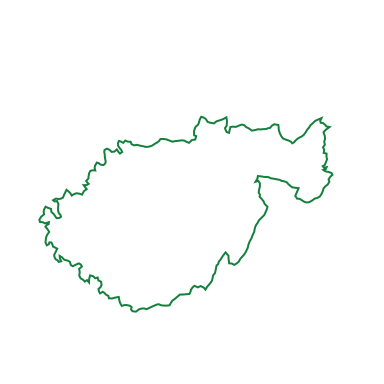 outline of Boa Vista do Cadeado, Rio Grande do Sul, Brazil, rotated 44°
{"feature_id": "56859067B11597481085294", "entity_name": "Boa Vista do Cadeado", "entity_type": "district", "adm_level": 2, "iso_a3": "BRA", "parent_name": "Brazil", "parent_adm1": "Rio Grande do Sul", "projection": "orthographic", "projection_center": [-53.842, -28.628], "detail": "fine", "context": "isolated", "style": "outline", "palette": "green", "viewbox_px": 384, "rotation_deg": 44, "n_neighbors": 0, "source": "geoboundaries", "source_scale": "gbopen_adm2", "svg_char_len": 4925}
<svg xmlns="http://www.w3.org/2000/svg" viewBox="0 0 384 384"><g transform="rotate(44 192 192)"><path d="M103.9,206.1L104.9,208.3L106.8,210.1L109.5,210.7L112.0,210.9L114.0,211.8L113.5,214.4L111.4,214.3L108.4,213.6L108.1,216.9L106.3,219.0L103.4,219.0L100.7,219.9L99.9,222.6L101.2,224.3L103.2,225.6L104.8,227.2L106.4,228.4L108.5,229.8L109.7,231.5L109.7,234.0L107.3,235.8L105.0,236.0L103.1,236.9L103.9,240.3L105.2,242.3L107.5,243.7L105.6,245.2L104.2,247.4L104.9,249.8L106.7,252.6L108.1,254.2L108.2,257.6L110.1,258.0L112.0,257.9L111.4,260.3L109.3,262.3L111.9,262.8L114.2,263.1L113.7,266.5L114.7,270.3L112.1,271.5L109.7,273.2L108.4,276.0L108.0,278.1L105.4,277.4L103.0,277.3L100.2,277.6L101.0,280.0L101.9,282.8L103.1,285.7L102.2,288.1L100.9,289.8L98.7,291.2L97.8,294.4L99.8,294.2L101.2,292.2L104.3,293.5L106.8,296.6L108.8,298.6L111.1,299.8L113.2,299.8L115.0,300.8L114.5,303.0L112.7,304.9L110.3,304.4L107.7,303.9L104.7,304.0L102.3,302.1L99.3,303.5L96.9,304.3L97.8,307.6L99.3,309.5L101.1,310.8L100.7,314.6L101.4,317.9L103.5,319.2L105.8,317.3L107.9,316.8L109.0,315.0L110.0,313.1L111.2,314.8L110.4,316.7L110.7,318.8L113.8,319.1L117.0,319.9L117.5,323.1L118.4,325.7L119.7,327.6L121.8,330.2L124.6,331.2L125.3,329.2L124.4,327.3L125.9,326.0L128.0,326.7L129.9,327.8L132.3,327.0L134.4,326.4L135.6,329.9L136.6,333.1L138.8,334.6L140.7,335.1L142.7,334.5L144.7,334.9L146.0,332.7L143.3,331.7L141.2,329.9L143.8,329.3L147.2,329.5L150.5,327.6L152.6,327.1L155.6,328.7L157.8,328.2L158.9,325.0L160.1,322.0L162.5,321.4L164.6,322.1L164.2,325.7L166.9,327.6L168.9,330.4L171.8,331.5L174.6,330.8L177.1,330.9L177.7,328.3L180.8,328.6L178.6,326.2L176.6,322.8L179.2,321.3L182.3,321.3L183.5,319.1L186.1,320.6L188.9,319.7L191.4,321.6L192.3,323.8L192.1,326.7L194.0,328.1L196.3,328.8L197.2,325.7L199.4,325.4L201.4,325.6L204.0,324.8L206.0,326.2L208.4,324.2L209.9,321.6L212.2,318.4L214.2,319.8L216.0,321.1L218.3,322.1L220.7,322.7L221.8,320.4L223.7,318.6L226.5,316.9L228.6,316.8L229.7,318.8L232.0,319.1L234.8,317.0L235.4,313.1L236.9,310.6L238.6,308.9L240.8,307.8L242.4,303.4L243.9,299.7L245.1,297.0L246.4,295.6L248.4,295.0L250.6,293.3L252.8,291.2L254.6,289.0L253.8,286.3L253.3,283.9L253.8,281.4L254.2,277.9L254.5,274.3L256.9,271.8L261.0,267.1L260.2,264.7L259.1,262.9L258.7,260.1L258.9,257.8L262.5,256.5L263.5,253.7L267.0,252.6L269.5,252.9L268.7,249.5L268.5,245.2L268.0,242.0L266.8,239.9L265.2,237.5L264.8,234.2L263.1,231.5L260.7,227.8L260.9,225.6L259.7,223.7L259.5,221.0L258.6,216.6L258.1,212.1L262.5,212.5L264.3,214.3L268.3,217.5L270.3,215.8L273.0,215.1L273.8,212.1L274.0,209.4L273.2,206.8L273.0,202.4L272.8,199.7L272.1,197.0L270.9,193.5L269.2,190.7L267.9,187.6L266.9,184.0L265.9,181.7L265.0,179.3L264.3,177.2L262.9,175.3L261.7,173.2L261.0,171.1L260.6,168.4L259.8,165.8L259.9,162.7L260.0,158.4L258.9,155.3L258.0,152.9L256.6,150.2L254.4,150.2L252.4,150.1L250.0,149.0L247.0,148.6L244.0,148.5L242.6,146.6L240.5,146.2L239.0,144.3L237.3,141.3L234.9,138.6L232.0,137.9L230.6,140.5L229.7,136.8L228.3,134.8L230.5,133.0L233.0,131.3L234.6,130.0L236.6,128.2L239.2,127.4L241.8,125.5L244.6,123.7L246.7,122.3L248.8,121.8L250.5,120.5L253.2,119.2L255.8,119.4L258.3,119.3L260.9,119.0L263.2,117.3L266.0,115.2L269.0,123.0L272.2,123.8L274.2,122.1L276.9,121.6L279.3,121.1L281.4,120.1L283.1,118.4L284.0,116.0L284.5,113.9L284.8,111.6L286.2,109.3L287.1,106.3L286.4,103.1L285.3,100.1L284.1,98.1L284.0,95.3L284.4,92.3L283.7,89.2L281.5,88.1L280.9,84.8L281.1,82.1L279.1,81.4L276.2,82.8L273.5,84.5L271.1,84.9L272.3,82.7L271.6,80.6L270.0,82.8L268.1,82.6L268.7,80.4L267.9,78.2L266.4,74.6L264.3,73.3L262.1,70.9L259.6,72.4L257.7,69.7L255.3,68.9L254.7,65.7L252.1,63.9L250.9,61.5L248.7,59.5L245.1,57.7L245.0,54.4L245.4,52.0L245.8,49.7L243.0,51.5L241.1,51.2L238.2,51.4L236.5,52.8L234.8,51.8L233.8,48.9L232.4,52.2L231.2,55.3L231.1,58.6L230.8,61.8L231.4,63.9L231.6,67.2L232.4,70.6L232.7,73.4L232.3,76.0L231.4,78.4L230.9,80.6L230.7,82.8L230.9,85.2L230.3,87.3L228.2,87.1L225.9,87.8L223.8,88.9L220.3,90.3L217.0,89.7L214.3,88.7L211.3,87.1L209.3,85.2L207.5,83.8L205.8,85.0L204.1,86.2L203.4,88.6L203.6,91.6L202.3,93.5L201.4,95.4L199.6,97.3L197.8,99.4L195.9,101.0L194.3,103.7L192.4,106.3L190.2,106.5L188.3,106.9L185.7,107.7L183.2,107.6L180.9,109.0L179.6,111.8L178.4,114.6L175.8,116.8L174.5,118.6L176.1,121.4L177.6,123.7L175.4,124.8L173.4,124.1L171.4,123.2L170.8,120.1L168.0,116.8L164.9,114.4L163.6,118.4L162.0,121.5L160.5,124.2L160.2,127.3L157.5,129.2L154.6,130.7L152.7,130.2L150.8,129.9L148.6,130.4L146.4,131.5L147.3,134.7L148.7,137.1L149.6,139.3L149.3,142.4L150.1,144.8L151.3,147.0L154.2,149.7L156.2,148.9L157.9,152.0L155.8,154.7L155.7,158.7L153.3,159.7L150.5,160.5L148.6,162.1L146.9,164.3L144.6,167.0L143.0,169.4L137.3,171.8L134.4,173.8L132.5,175.9L132.9,178.2L132.4,181.1L131.6,183.8L131.0,186.7L129.3,189.6L127.4,191.7L124.6,193.3L122.5,194.7L119.7,196.2L118.0,198.6L115.3,199.6L112.9,198.5L111.0,200.3L108.3,201.3L108.4,204.4L105.8,205.1L103.9,206.1Z" fill="none" stroke="#15803d" stroke-width="2"/></g></svg>